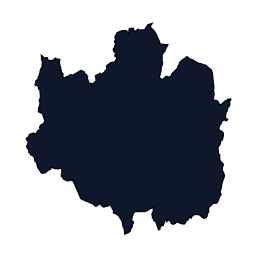 the district of Tu Mo Rong, Kon Tum, Vietnam, rotated 184°
{"feature_id": "81297802B16541954250717", "entity_name": "Tu Mo Rong", "entity_type": "district", "adm_level": 2, "iso_a3": "VNM", "parent_name": "Vietnam", "parent_adm1": "Kon Tum", "projection": "equal_earth", "projection_center": [107.945, 14.888], "detail": "fine", "context": "isolated", "style": "filled", "palette": "ink", "viewbox_px": 256, "rotation_deg": 184, "n_neighbors": 0, "source": "geoboundaries", "source_scale": "gbopen_adm2", "svg_char_len": 5783}
<svg xmlns="http://www.w3.org/2000/svg" viewBox="0 0 256 256"><g transform="rotate(184 128 128)"><path d="M30.6,68.2L31.6,69.7L31.5,70.5L31.9,71.6L31.3,73.0L30.8,75.6L30.8,77.5L30.1,81.3L28.6,86.3L28.5,87.2L29.1,88.7L31.0,92.4L31.3,93.5L31.3,95.0L30.4,97.8L30.6,98.7L31.5,99.4L34.1,102.2L34.5,103.6L34.9,104.2L34.5,105.2L34.7,107.3L35.6,108.3L36.4,109.6L36.3,111.1L36.8,112.4L36.7,113.6L37.4,115.0L36.0,116.4L36.0,117.1L34.9,118.6L34.9,121.3L33.6,122.2L33.2,122.9L32.8,124.2L32.8,125.5L32.4,126.6L32.6,129.7L33.6,130.3L34.7,131.6L36.3,131.4L37.7,134.2L37.5,134.9L37.1,135.5L36.7,137.6L35.7,138.3L35.7,139.4L35.2,139.8L34.8,141.3L34.3,142.1L32.5,142.9L30.2,142.1L29.4,143.5L30.9,143.8L31.3,144.7L31.8,146.8L31.3,150.4L30.3,151.9L30.4,154.0L29.9,154.8L29.8,155.4L28.3,157.3L28.1,159.3L28.9,161.5L27.5,163.3L27.7,164.0L28.3,164.0L29.1,163.5L30.3,163.7L30.4,163.1L30.0,161.7L30.2,161.3L30.4,161.4L31.1,162.5L32.8,161.8L37.0,157.5L38.9,158.3L39.4,159.0L39.6,160.1L39.9,160.3L40.4,160.1L40.8,161.2L41.3,161.2L41.9,160.0L42.2,159.8L42.4,160.0L42.6,161.6L43.1,161.2L45.0,161.9L45.3,163.1L44.7,163.9L44.9,165.6L44.5,167.7L45.6,172.4L45.1,173.3L47.8,188.8L48.4,189.9L48.9,191.4L49.4,192.1L51.8,193.5L54.7,195.9L57.9,196.4L59.2,197.1L60.4,197.1L63.3,197.8L69.1,200.8L70.9,200.9L74.2,203.2L75.0,202.2L79.1,199.2L81.1,196.5L81.1,196.1L80.9,195.5L82.1,193.7L82.7,191.1L86.5,186.6L86.9,186.4L87.4,185.2L87.8,185.0L88.2,184.5L88.3,183.1L88.9,182.4L91.5,181.4L92.6,182.1L93.5,182.1L95.2,180.4L96.7,178.4L100.3,180.2L100.2,181.9L99.4,185.3L99.1,189.6L99.3,191.7L98.6,192.5L98.1,193.8L98.2,195.4L98.7,197.6L99.1,198.4L98.8,199.8L99.1,201.4L99.1,203.7L98.4,204.5L98.4,205.4L97.7,205.7L97.4,206.6L96.5,207.4L96.3,208.8L94.2,213.7L100.4,213.8L102.0,214.3L103.1,217.1L107.1,224.4L108.8,226.6L113.1,230.4L111.4,233.9L115.4,232.2L118.2,227.0L123.6,226.4L125.0,227.2L126.3,225.8L128.0,224.6L128.3,224.7L129.8,227.7L130.6,227.9L131.6,227.5L132.2,226.8L133.4,227.2L133.8,225.9L133.7,224.3L133.8,223.3L134.3,222.4L136.2,224.7L137.0,225.0L141.2,224.4L145.3,222.3L145.7,221.7L146.2,220.1L146.8,219.4L147.2,218.1L147.1,217.1L146.4,215.2L147.2,213.9L147.2,213.0L147.0,212.2L146.1,211.2L146.1,210.7L146.8,209.2L146.8,207.7L147.6,206.6L148.1,205.4L147.5,203.6L146.3,202.4L145.1,201.7L145.1,200.8L146.0,200.1L146.1,199.0L145.8,198.7L144.9,198.8L144.7,198.5L144.1,196.8L144.2,195.7L144.9,194.8L145.4,193.3L147.1,192.3L148.3,192.3L150.0,191.7L153.4,188.7L153.6,187.6L153.0,185.8L153.9,184.0L154.8,183.6L155.0,182.4L155.7,181.4L156.8,181.1L157.1,180.3L158.2,179.5L158.8,179.6L159.7,180.6L160.4,179.8L161.9,179.2L163.9,177.9L164.1,177.1L163.4,176.0L163.3,174.0L163.0,173.0L165.4,170.2L166.2,169.7L169.0,169.7L170.1,170.3L171.8,173.8L172.4,174.5L172.5,175.1L171.9,176.1L172.6,176.7L172.9,178.0L173.3,178.3L174.3,178.4L175.3,179.7L175.4,180.5L176.2,181.2L176.7,181.1L178.7,182.1L180.2,181.3L185.2,177.7L186.2,177.3L186.7,176.7L187.3,176.6L188.5,177.1L189.3,177.0L190.1,176.6L191.8,174.8L193.2,174.8L194.3,173.5L196.2,173.5L196.6,174.3L196.8,177.8L198.5,178.7L198.6,180.7L199.5,182.2L199.6,184.2L200.6,185.8L200.6,187.2L201.3,188.3L200.9,191.5L203.9,191.8L205.3,192.6L206.9,190.7L207.4,190.4L209.9,189.7L211.8,189.9L213.0,190.4L213.4,192.2L213.6,192.5L217.3,191.9L217.9,193.4L219.4,194.3L219.0,192.3L219.1,190.8L217.8,188.2L218.1,185.7L217.7,183.3L219.2,180.4L220.1,174.3L221.1,172.2L220.9,170.6L222.9,168.8L223.2,168.1L223.1,166.3L223.8,165.0L223.3,164.1L221.5,164.1L220.7,163.7L220.3,163.0L219.9,161.1L218.4,159.5L217.3,152.5L218.4,149.4L218.1,148.4L217.6,147.9L217.5,145.9L217.7,143.8L218.4,141.8L218.5,140.6L218.3,140.1L217.3,139.2L218.2,138.6L218.5,138.1L213.9,136.3L213.3,133.7L212.5,132.5L212.0,130.9L211.3,130.2L211.3,129.8L211.7,128.3L212.7,126.1L213.8,125.8L215.0,124.9L215.9,123.6L216.1,122.6L215.5,120.7L215.6,120.2L215.9,119.8L217.1,119.6L218.0,118.7L218.5,117.1L218.8,115.4L221.9,116.2L225.6,114.7L226.0,114.1L226.2,112.7L226.7,112.0L228.3,110.9L228.5,109.6L226.3,106.7L226.3,106.2L226.9,105.2L226.7,104.0L227.6,103.5L227.8,102.4L227.0,100.9L226.2,100.3L225.7,99.3L225.2,99.0L225.3,96.9L223.7,96.3L223.7,95.5L223.3,94.6L221.4,94.0L219.7,92.5L218.9,91.0L218.9,89.7L218.5,88.8L217.0,87.3L216.4,86.3L215.7,83.6L215.1,82.2L211.1,77.1L209.8,77.0L207.4,77.7L204.0,80.9L202.7,81.4L201.6,83.3L200.4,83.2L198.0,82.4L196.6,82.7L195.2,82.3L193.9,83.0L191.7,83.2L190.9,81.8L191.0,81.1L190.8,80.2L191.1,75.4L189.4,73.7L188.8,72.6L187.6,72.3L185.6,71.3L184.2,71.1L181.6,72.2L178.7,71.1L170.1,54.4L164.6,52.1L162.7,51.8L159.9,50.5L158.1,50.4L157.1,49.3L154.5,47.6L153.6,48.6L150.0,50.9L149.1,49.0L147.2,47.6L145.6,47.8L144.8,48.5L142.5,48.8L141.7,49.8L141.1,50.2L140.2,50.0L139.9,49.2L138.5,48.1L138.1,46.8L136.6,44.6L136.5,42.3L135.2,41.9L134.3,42.0L133.4,41.1L131.8,40.4L130.6,40.4L130.9,39.6L130.7,39.1L129.9,38.8L129.5,37.4L128.0,35.7L127.1,34.2L126.0,29.4L125.2,28.2L124.3,25.8L123.8,22.1L120.5,23.7L118.8,25.1L118.1,28.0L117.0,29.5L117.0,30.8L117.2,32.4L116.3,33.0L116.1,34.0L116.5,35.1L117.5,35.2L118.2,36.5L117.6,40.3L117.2,41.2L117.0,42.4L115.6,45.1L104.9,46.0L103.6,46.9L102.7,47.1L100.7,49.2L96.3,50.5L97.0,49.0L97.0,46.0L97.9,44.4L97.8,42.4L97.3,41.4L97.3,40.1L96.2,39.3L95.7,37.3L93.9,36.9L90.4,28.7L89.2,29.2L89.2,29.9L89.6,30.8L88.7,31.4L87.7,33.8L86.7,33.1L86.1,33.4L85.7,35.2L85.0,36.7L85.0,38.0L83.7,39.4L83.2,39.1L82.6,37.6L81.6,39.2L79.8,38.5L79.0,37.8L78.2,36.0L76.2,35.1L75.4,36.0L74.2,36.1L73.4,37.4L72.8,37.7L70.9,37.5L69.7,36.8L68.7,36.5L66.5,36.2L64.9,36.4L64.6,36.7L64.2,38.1L63.6,39.1L62.1,40.4L60.0,43.9L58.8,42.7L58.3,43.9L57.0,45.8L54.3,46.6L52.2,46.7L50.2,46.2L49.4,45.7L48.4,44.5L46.8,43.9L46.3,43.3L44.0,43.8L43.0,45.7L43.0,47.9L42.2,49.1L41.7,50.6L42.1,53.2L41.9,54.5L37.7,59.1L34.7,59.2L34.0,59.8L33.0,61.6L31.8,66.3L30.6,68.2Z" fill="#0f172a" stroke="#020617" stroke-width="1.5"/></g></svg>